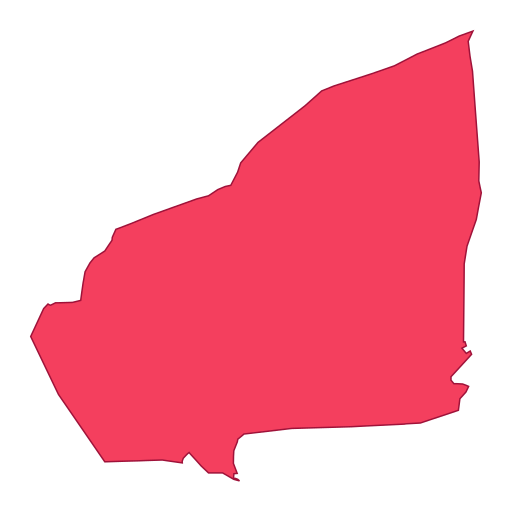 Putu, Grand Gedeh, Liberia
{"feature_id": "62588387B18265546179194", "entity_name": "Putu", "entity_type": "district", "adm_level": 2, "iso_a3": "LBR", "parent_name": "Liberia", "parent_adm1": "Grand Gedeh", "projection": "orthographic", "projection_center": [-8.216, 5.686], "detail": "fine", "context": "isolated", "style": "filled", "palette": "rose", "viewbox_px": 512, "rotation_deg": 0, "n_neighbors": 0, "source": "geoboundaries", "source_scale": "gbopen_adm2", "svg_char_len": 1690}
<svg xmlns="http://www.w3.org/2000/svg" viewBox="0 0 512 512"><path d="M112.3,237.3L112.0,240.3L109.6,243.8L104.8,251.0L97.0,256.0L94.1,257.8L90.0,262.9L85.1,271.7L84.1,277.3L83.7,279.8L83.2,282.4L83.1,283.0L81.8,292.2L80.7,300.4L72.5,302.4L58.7,302.8L55.5,302.8L54.1,303.5L50.6,305.2L49.3,304.8L48.9,304.6L48.0,304.0L43.7,308.5L30.7,336.5L45.7,367.8L58.5,394.5L67.2,407.1L99.3,453.8L104.8,461.8L123.6,461.2L138.5,460.8L146.2,460.5L162.3,460.0L166.2,460.6L182.3,462.9L182.2,461.2L183.3,458.2L186.2,455.1L187.6,453.7L189.1,452.5L190.1,453.7L196.4,460.6L201.3,466.1L208.5,472.9L222.6,472.9L233.7,479.3L239.5,480.9L237.7,479.3L235.4,478.4L233.5,478.3L233.9,473.7L237.2,473.4L233.4,463.4L233.5,456.4L233.8,450.7L237.3,441.9L237.8,439.2L243.0,434.9L244.0,434.0L245.0,433.9L291.0,428.5L292.3,428.4L351.7,426.7L362.9,426.1L404.2,424.1L406.1,423.8L420.4,423.0L429.0,420.1L457.2,410.7L458.4,410.3L459.9,398.7L465.9,392.1L467.5,388.8L468.6,386.4L466.1,385.3L462.6,384.0L456.9,383.7L455.7,383.7L453.9,383.7L451.0,380.2L451.0,376.7L453.9,373.6L471.6,354.3L470.2,351.0L466.3,353.4L461.9,348.2L466.3,345.9L465.0,341.8L463.5,341.9L464.1,277.7L464.2,263.9L467.0,246.2L472.7,229.8L476.3,219.5L478.6,206.9L481.3,192.8L480.1,187.3L478.8,180.9L479.2,162.0L475.1,107.0L472.5,71.2L470.0,56.2L468.2,41.3L470.9,35.4L472.9,31.1L459.3,36.0L445.7,42.8L433.6,47.6L417.2,54.0L401.0,62.4L394.4,65.8L371.5,73.8L334.1,85.9L321.7,90.9L305.0,105.8L282.8,123.1L281.9,123.8L258.0,142.4L240.7,162.9L237.6,172.2L230.8,185.3L225.2,186.5L217.8,189.6L208.5,195.8L207.0,196.2L205.8,196.5L199.9,198.1L196.8,198.9L153.5,214.4L130.7,223.7L117.9,228.6L115.9,229.3L112.3,237.3Z" fill="#f43f5e" stroke="#9f1239" stroke-width="1.5"/></svg>